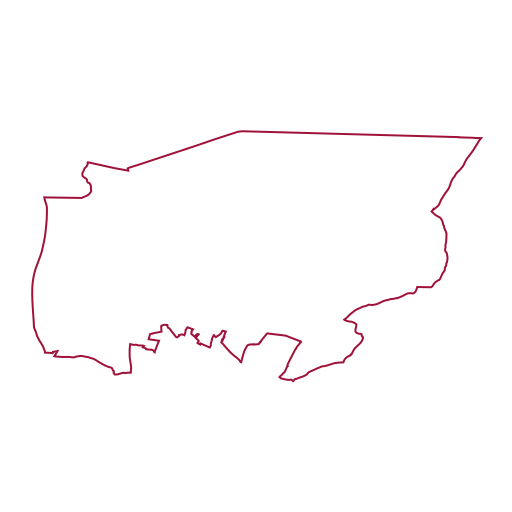 outline of Malambo, Atlántico, Colombia, rotated 181°
{"feature_id": "7082276B4213676035156", "entity_name": "Malambo", "entity_type": "district", "adm_level": 2, "iso_a3": "COL", "parent_name": "Colombia", "parent_adm1": "Atlántico", "projection": "albers", "projection_center": [-74.828, 10.852], "detail": "fine", "context": "isolated", "style": "outline", "palette": "rose", "viewbox_px": 512, "rotation_deg": 181, "n_neighbors": 0, "source": "geoboundaries", "source_scale": "gbopen_adm2", "svg_char_len": 6065}
<svg xmlns="http://www.w3.org/2000/svg" viewBox="0 0 512 512"><g transform="rotate(181 256 256)"><path d="M41.9,378.0L55.5,378.2L55.5,378.4L271.8,380.5L276.4,379.9L278.2,379.2L285.6,376.7L288.2,375.8L299.4,371.9L321.4,364.0L360.5,350.3L373.3,345.8L384.9,341.9L385.8,341.4L385.2,339.1L399.1,341.4L425.7,346.8L426.0,346.5L425.8,345.9L425.8,345.3L426.2,344.1L427.0,342.6L428.3,341.3L429.0,340.3L429.7,338.7L430.1,337.6L430.9,336.2L431.0,335.6L431.1,334.5L430.8,333.1L430.5,332.7L429.1,331.4L428.5,331.2L427.0,330.2L426.3,329.2L426.2,328.0L426.0,327.5L425.6,326.9L425.2,326.4L424.7,326.2L424.3,326.2L423.7,325.8L423.0,324.8L422.5,323.8L422.5,323.2L422.2,322.0L422.2,320.0L421.9,317.7L423.8,315.2L424.0,314.7L425.3,314.0L426.2,313.3L429.5,311.9L431.2,311.0L468.7,310.9L468.5,309.8L468.2,308.5L466.3,302.9L465.9,300.8L465.8,294.9L465.9,288.8L466.3,282.8L466.9,276.1L467.4,271.6L468.3,266.4L469.3,261.3L470.2,257.1L470.8,254.9L471.8,251.7L475.8,240.4L476.8,237.1L477.4,234.6L478.0,231.4L478.5,228.2L478.9,224.5L479.1,220.9L479.1,214.1L478.8,207.3L478.3,200.3L477.2,187.6L476.7,180.7L474.7,176.0L473.5,172.3L472.3,169.9L471.7,168.9L471.1,167.6L469.5,165.4L468.2,163.1L467.7,162.5L467.1,161.2L465.6,157.5L465.3,156.3L465.3,155.7L460.7,155.6L457.6,155.3L457.3,156.6L452.8,157.5L454.1,155.1L454.7,154.3L455.9,152.3L455.1,152.1L447.3,151.6L444.0,151.8L440.4,151.8L439.1,151.6L437.0,151.4L436.4,151.4L434.7,152.1L433.4,152.4L429.8,153.0L428.2,153.0L427.3,152.8L426.1,152.6L421.9,151.9L419.4,151.1L417.4,150.6L414.9,149.5L413.4,148.6L411.9,147.6L405.3,144.0L401.4,142.5L398.6,141.8L398.3,141.6L397.8,140.9L397.1,139.3L396.4,138.7L396.4,138.3L396.2,138.1L396.3,137.8L396.1,137.4L396.1,137.0L396.3,136.5L395.9,135.9L395.0,135.0L393.6,135.1L392.1,135.3L386.8,137.0L386.4,137.0L385.3,136.6L381.3,137.2L379.2,137.1L378.9,141.7L378.9,142.9L380.3,151.2L380.6,153.6L380.7,158.8L380.7,160.7L380.6,162.2L380.2,165.8L377.3,165.0L374.2,165.2L372.3,164.6L370.6,164.5L368.2,164.5L367.2,164.4L366.5,164.2L366.9,163.7L367.5,162.7L365.2,162.0L364.3,161.5L364.3,160.9L364.2,160.8L363.3,160.7L362.4,160.8L361.9,160.6L358.7,160.5L356.8,159.7L356.7,159.4L356.0,158.1L355.6,157.9L355.5,158.8L352.0,168.5L351.9,168.5L351.5,169.6L361.9,170.9L360.5,176.1L358.1,176.6L358.1,176.8L349.2,178.7L349.6,183.9L349.3,184.3L349.0,184.5L349.1,184.8L347.6,185.3L346.3,185.6L343.4,185.5L343.2,183.8L342.9,183.1L342.6,182.7L341.3,182.1L338.1,178.0L336.0,175.5L334.6,173.7L333.8,173.3L333.4,173.3L331.7,174.5L331.7,174.8L331.7,175.5L331.4,175.7L330.5,175.8L329.2,176.3L327.2,176.0L326.2,175.5L325.4,178.0L325.0,181.1L324.6,181.5L323.3,183.5L317.7,181.6L319.0,179.8L318.8,179.7L319.4,177.1L316.4,174.6L315.9,174.3L314.1,176.5L313.0,177.0L312.0,176.7L314.9,173.0L312.3,170.8L311.8,170.2L311.9,169.7L313.0,168.3L313.0,168.0L310.4,166.5L310.0,167.6L300.6,163.7L300.0,164.9L299.7,165.6L299.6,166.6L299.7,167.0L299.5,168.2L299.0,169.7L298.9,170.3L298.4,172.8L296.9,176.1L296.7,176.2L295.8,175.2L294.8,174.2L291.1,176.6L289.8,177.8L288.2,180.7L284.9,179.9L285.8,177.9L286.0,177.0L286.9,174.6L286.3,174.4L287.6,171.9L288.2,172.2L288.6,171.3L288.0,171.0L289.2,169.0L287.4,167.4L285.7,165.4L284.3,163.8L284.0,163.7L282.7,162.1L281.3,160.8L281.2,160.4L279.8,159.1L275.3,155.2L274.4,154.7L271.5,152.3L269.5,149.7L268.9,149.5L268.6,151.3L268.1,153.3L266.5,159.2L266.2,160.3L265.5,162.0L263.9,165.0L263.1,166.4L261.7,167.2L259.6,167.4L259.4,167.6L259.0,167.5L256.6,167.7L256.6,167.4L251.8,167.9L250.2,169.8L250.6,169.8L249.0,171.9L243.5,178.8L225.0,176.9L209.7,171.3L209.8,171.0L210.5,169.9L210.3,169.9L213.5,165.9L214.5,163.9L215.6,162.4L215.8,161.8L216.5,160.5L222.3,148.6L222.6,147.6L222.8,146.6L222.8,146.4L222.5,146.3L223.0,145.8L223.9,143.9L225.0,141.1L225.3,140.6L227.1,138.8L228.0,137.7L230.2,135.7L230.4,135.4L229.1,134.2L224.7,133.1L221.1,132.7L219.1,133.0L218.6,132.9L218.1,132.7L216.8,131.5L214.8,133.6L212.7,134.1L211.3,134.8L206.6,136.5L204.5,137.6L202.9,138.6L201.7,140.3L201.3,140.7L200.1,141.3L195.5,143.4L193.8,144.3L189.8,146.0L188.7,146.6L183.9,147.5L175.4,150.3L171.0,150.9L166.8,151.2L165.8,153.6L165.3,154.5L164.0,155.9L162.0,157.3L160.4,157.9L159.7,159.0L159.4,158.8L159.1,159.0L158.5,159.9L157.0,163.1L155.4,165.7L150.8,170.1L150.3,170.6L149.2,172.0L148.3,173.7L147.9,174.7L147.5,176.5L148.2,177.0L148.6,177.6L148.9,178.3L149.0,179.4L149.2,179.7L149.9,180.0L152.1,180.1L154.0,180.9L154.8,181.5L155.1,182.0L155.3,182.8L155.2,184.9L154.4,188.3L154.5,189.2L155.0,189.9L156.4,190.8L157.5,191.3L159.6,192.0L162.2,192.2L163.8,192.6L165.5,193.2L166.5,193.7L166.7,193.9L164.5,195.6L161.1,199.1L159.0,200.9L156.2,203.2L155.1,203.9L153.3,204.8L149.7,206.5L149.0,206.9L148.1,207.3L145.7,207.8L144.0,208.5L142.7,209.2L141.9,209.3L138.9,209.0L135.8,209.6L135.6,209.7L135.2,209.7L132.9,210.6L128.8,212.7L126.6,213.6L124.8,214.1L123.9,214.2L123.0,214.4L120.9,215.2L117.6,215.6L114.3,216.5L114.1,216.3L113.0,216.7L109.3,218.3L107.6,219.2L106.4,219.9L104.1,221.1L102.3,221.5L100.6,221.5L98.8,221.3L98.4,221.3L97.9,221.5L97.0,222.0L96.0,223.1L95.2,224.7L94.2,227.8L80.6,227.8L79.6,228.4L78.9,229.1L78.5,229.7L77.8,231.1L76.6,232.6L75.2,233.7L73.4,234.9L72.3,235.3L71.5,236.3L70.4,239.0L69.8,240.6L68.9,242.4L67.9,243.6L67.2,244.9L67.0,245.9L66.9,247.6L66.7,248.2L66.0,249.1L65.7,249.9L65.6,252.0L65.1,252.7L64.7,254.6L64.5,257.0L64.5,258.0L64.9,260.2L65.4,262.4L66.0,263.2L66.5,263.6L66.7,263.9L66.9,264.5L67.0,265.4L67.0,266.2L66.6,268.4L66.8,269.4L66.8,270.5L66.2,272.8L66.0,276.6L65.9,280.3L66.0,282.0L66.7,284.0L67.5,285.6L68.1,287.0L68.5,288.5L68.6,289.5L69.2,290.2L69.5,291.0L69.8,292.5L70.1,293.5L70.8,295.0L71.6,296.4L72.6,297.5L73.4,298.1L75.0,298.8L77.2,300.1L81.2,303.5L79.5,305.9L79.3,305.5L76.5,307.8L74.7,309.5L73.6,311.0L73.4,311.9L71.6,316.1L70.7,317.2L70.2,318.3L68.9,320.4L67.4,322.7L65.4,325.5L64.4,327.2L63.5,329.3L62.8,331.7L62.3,333.3L61.7,334.6L60.7,336.7L58.9,339.0L57.7,341.2L56.8,342.5L55.6,343.8L54.1,345.2L53.2,346.2L50.8,349.2L49.6,351.3L48.4,354.1L47.3,356.3L41.6,364.1L39.4,367.6L35.3,374.6L34.2,376.2L32.9,377.8L37.8,377.8L41.9,378.0Z" fill="none" stroke="#9f1239" stroke-width="2"/></g></svg>